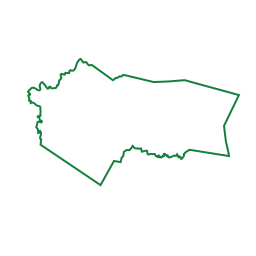 outline of Trinidad de Copan, Copán, Honduras, rotated 9°
{"feature_id": "27666195B52553444667575", "entity_name": "Trinidad de Copan", "entity_type": "district", "adm_level": 2, "iso_a3": "HND", "parent_name": "Honduras", "parent_adm1": "Copán", "projection": "equal_earth", "projection_center": [-88.827, 14.944], "detail": "fine", "context": "isolated", "style": "outline", "palette": "green", "viewbox_px": 256, "rotation_deg": 9, "n_neighbors": 0, "source": "geoboundaries", "source_scale": "gbopen_adm2", "svg_char_len": 5440}
<svg xmlns="http://www.w3.org/2000/svg" viewBox="0 0 256 256"><g transform="rotate(9 128 128)"><path d="M44.3,158.2L109.8,188.7L119.3,162.8L126.0,162.8L126.1,162.6L126.3,159.8L126.3,158.4L127.6,156.7L127.7,154.5L127.6,152.4L129.5,150.4L131.4,149.6L132.7,149.8L134.3,147.6L135.4,145.0L137.4,146.7L138.8,147.0L141.4,146.6L142.5,146.8L144.1,146.2L144.8,147.9L145.5,149.2L149.5,147.5L150.5,147.7L151.2,150.4L152.3,151.0L154.6,150.0L156.4,150.0L158.4,149.5L159.7,151.1L160.6,151.4L161.2,151.7L161.3,151.4L161.4,151.1L162.2,150.8L162.3,150.6L162.6,150.4L162.8,151.0L162.8,151.6L162.9,152.0L163.0,152.1L163.3,152.1L163.6,151.8L163.8,151.4L164.2,151.3L164.9,151.7L165.3,152.0L165.5,151.9L165.5,151.3L165.8,151.1L166.2,151.2L166.5,151.1L166.5,150.7L166.8,150.2L167.8,150.0L168.0,149.7L167.7,149.2L167.4,148.6L167.5,148.0L168.2,147.9L169.2,148.2L169.6,148.4L170.0,149.0L170.5,149.5L170.9,149.7L171.1,149.4L171.1,149.0L171.4,148.8L171.9,149.4L172.3,150.1L172.5,150.5L173.2,150.7L173.9,150.5L174.8,150.0L176.3,149.1L177.0,148.6L177.7,148.2L178.3,148.1L179.7,148.0L180.3,147.0L180.6,146.3L181.5,147.4L181.8,148.2L182.1,148.7L182.4,148.9L182.7,148.9L183.3,148.0L183.6,148.2L183.8,148.7L183.9,149.0L184.5,148.9L184.8,148.9L185.2,149.3L185.3,149.6L185.4,150.2L185.6,150.2L186.1,149.7L186.4,149.0L187.4,147.4L187.6,146.6L187.5,146.1L187.2,145.2L187.5,144.7L187.9,144.3L188.3,143.6L188.7,142.9L189.8,142.1L190.2,141.4L190.7,141.3L192.0,139.9L232.2,139.9L230.1,134.1L229.1,131.7L226.6,125.3L222.5,110.8L232.4,78.1L176.4,71.9L160.7,75.7L146.2,78.6L116.3,76.3L115.8,76.3L115.2,76.4L114.8,76.5L114.6,76.6L114.5,76.8L114.3,77.2L114.2,77.5L113.9,77.8L113.6,78.0L113.2,78.2L112.9,78.3L112.5,78.3L112.1,78.2L111.8,78.2L111.5,78.4L110.9,78.9L110.2,79.5L109.7,80.1L109.4,80.3L109.2,80.4L108.8,80.3L108.5,80.3L108.2,80.4L107.9,80.6L107.7,80.7L107.3,81.4L106.8,82.1L106.3,82.6L105.6,83.1L82.4,71.4L80.0,72.1L79.5,72.2L79.4,72.1L78.8,71.7L77.9,71.0L77.5,70.6L77.0,69.9L76.8,69.7L76.6,69.6L76.4,69.6L75.9,69.6L75.3,69.6L75.1,69.7L74.7,69.8L74.1,70.3L73.9,70.3L73.7,70.3L73.3,70.1L72.7,69.4L71.8,68.6L70.8,67.4L70.6,67.4L70.3,67.3L70.2,67.3L69.9,67.5L69.6,67.8L69.1,68.3L68.5,69.5L68.0,70.5L67.7,71.3L67.2,73.5L67.0,74.6L66.7,76.7L66.5,77.6L66.3,78.1L66.1,78.5L65.8,79.0L65.5,79.4L65.3,79.6L65.0,79.8L64.6,79.9L64.1,80.1L63.6,80.2L63.3,80.2L63.0,80.1L62.6,80.0L62.3,79.9L62.0,80.0L61.7,80.2L61.4,80.5L61.3,80.8L61.2,81.2L61.2,81.7L61.2,82.4L61.2,82.8L61.2,83.0L60.6,83.1L58.3,83.3L57.8,83.3L57.6,83.4L57.4,83.6L57.3,83.9L57.3,84.2L57.4,84.6L57.4,84.9L57.3,85.1L57.1,85.2L56.8,85.3L56.2,85.3L55.5,85.2L54.6,85.0L54.3,84.9L54.0,85.0L53.8,85.1L53.5,85.2L53.4,85.4L53.3,85.7L53.2,85.9L53.3,86.2L53.3,86.6L53.5,87.3L53.7,87.8L53.9,88.1L54.2,88.5L54.3,88.6L54.3,88.8L54.3,89.1L54.2,89.3L54.0,89.7L53.6,90.5L53.2,91.2L52.7,91.7L52.6,91.9L52.6,92.3L52.6,92.9L52.6,93.5L52.4,96.2L52.4,96.5L52.2,96.7L51.9,96.6L51.7,96.6L51.4,96.8L51.3,97.1L51.2,97.4L51.1,98.2L51.0,98.6L50.8,99.0L50.5,99.7L47.5,100.6L46.3,100.7L46.0,100.7L45.7,100.5L45.5,100.2L45.2,99.8L44.9,99.6L44.6,99.4L44.2,99.4L43.9,99.6L43.7,99.9L43.6,100.2L43.6,100.5L43.6,100.8L43.5,101.0L43.4,101.3L43.1,101.5L42.9,101.7L42.7,101.8L42.5,101.7L42.3,101.7L42.1,101.5L41.4,100.9L38.9,98.3L37.3,96.9L36.9,96.6L36.5,96.3L36.2,96.3L35.9,96.3L35.6,96.4L35.3,96.7L35.1,96.9L34.9,97.3L34.6,97.9L34.4,98.5L34.3,99.2L34.2,99.9L34.2,100.4L34.3,100.9L34.4,101.2L34.7,101.6L34.9,102.0L35.1,102.4L35.2,103.0L35.3,103.4L35.3,103.8L35.2,104.0L35.0,104.3L34.7,104.5L34.3,104.6L33.8,104.7L33.3,104.7L32.5,104.5L32.0,104.2L30.8,103.6L30.2,103.4L29.5,103.2L28.8,103.1L28.3,103.0L27.9,103.1L27.5,103.1L27.2,103.3L26.8,103.4L26.5,103.7L26.2,104.0L25.5,104.9L24.8,105.8L24.2,106.7L23.6,107.7L23.6,107.8L23.8,108.1L24.4,108.5L24.8,108.7L25.9,109.7L26.1,109.9L26.1,110.1L26.0,110.3L25.8,110.5L25.6,110.8L25.4,110.9L25.0,110.8L24.8,110.8L24.6,111.0L24.5,111.3L24.5,111.6L24.6,112.0L24.8,112.4L25.2,113.1L25.7,113.9L25.9,114.3L26.1,114.8L26.1,115.0L26.1,115.3L25.9,115.6L25.9,115.8L25.9,116.1L26.1,116.3L26.3,116.6L26.6,116.7L26.9,116.7L27.4,116.6L27.8,116.6L27.9,116.9L27.9,117.5L27.9,118.2L27.9,118.4L28.0,118.6L28.6,118.1L28.8,118.0L29.0,117.9L29.9,117.9L30.6,117.9L31.3,118.2L32.1,118.6L32.8,119.1L33.6,119.6L34.0,119.9L34.4,120.0L35.0,120.1L35.5,120.2L36.3,120.2L36.9,120.3L37.4,120.4L37.8,120.6L38.0,120.9L38.2,121.1L38.3,121.6L38.3,122.2L38.4,122.7L38.9,124.7L39.1,125.3L39.2,126.3L39.2,127.4L39.2,128.0L39.6,128.9L39.7,129.3L39.6,129.6L39.2,129.9L38.9,130.0L38.1,130.3L37.5,130.3L37.3,130.3L37.2,130.4L37.1,130.6L37.0,130.9L37.0,131.1L37.2,131.4L37.4,131.5L37.5,131.5L37.9,131.4L38.1,131.5L38.4,131.5L38.7,131.7L38.8,131.9L39.0,132.1L39.6,133.5L39.9,134.0L40.0,134.2L40.2,134.3L40.8,134.4L41.5,134.7L41.7,134.8L42.0,135.0L42.0,135.3L41.9,135.5L41.7,135.8L41.4,136.0L41.1,136.1L40.7,136.1L39.9,135.8L39.6,135.7L39.3,135.7L38.9,135.7L38.2,135.9L38.1,136.0L37.9,136.1L37.8,136.4L37.7,136.7L37.7,137.0L37.7,137.7L37.6,138.3L37.5,139.9L37.3,140.8L37.2,141.3L37.2,141.5L37.3,141.6L38.0,142.3L38.6,142.8L39.0,143.1L39.3,143.8L39.9,146.3L40.0,146.8L40.1,147.1L40.3,147.1L40.6,146.9L41.0,146.5L41.1,146.3L41.2,146.1L41.2,145.8L41.2,145.5L41.1,145.2L41.2,144.8L41.4,144.6L41.5,144.6L41.8,144.8L42.0,145.0L42.3,145.4L42.7,146.1L42.8,146.5L42.9,146.9L42.9,148.6L42.9,149.4L42.7,150.8L42.7,151.6L42.8,152.0L43.1,152.3L43.5,152.7L44.1,152.9L44.0,154.1L44.1,155.2L44.1,156.1L44.3,157.5L44.3,158.2Z" fill="none" stroke="#15803d" stroke-width="2"/></g></svg>